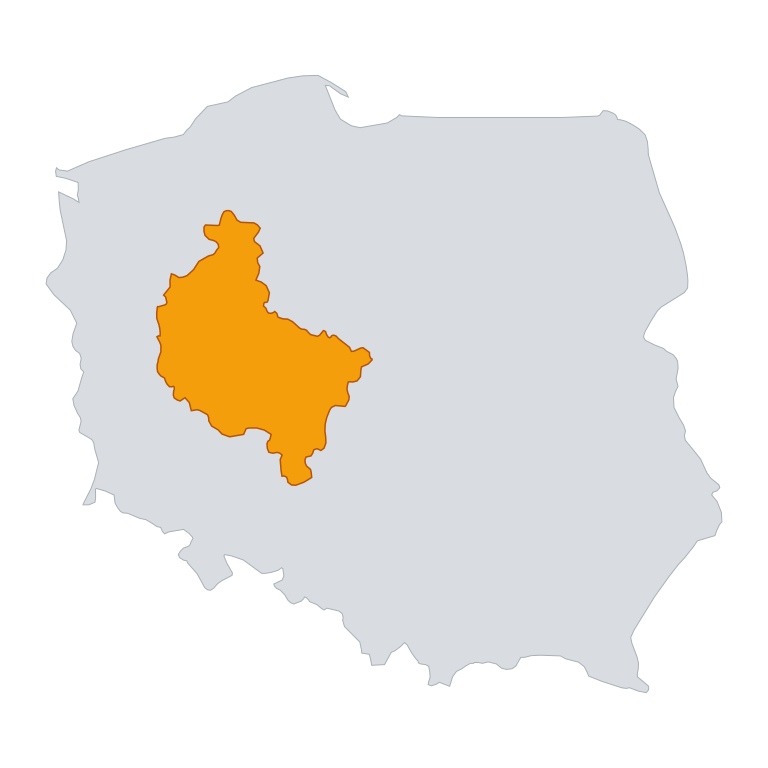 Greater Poland highlighted on a map of Poland
{"feature_id": "POL-3144", "entity_name": "Greater Poland", "entity_type": "Voivodeship", "adm_level": 1, "iso_a3": "POL", "parent_name": "Poland", "parent_adm1": "", "projection": "albers", "projection_center": [17.345, 52.331], "detail": "fine", "context": "in_parent", "style": "filled", "palette": "amber", "viewbox_px": 768, "rotation_deg": 0, "n_neighbors": 0, "source": "natural_earth", "source_scale": "10m", "svg_char_len": 6318}
<svg xmlns="http://www.w3.org/2000/svg" viewBox="0 0 768 768"><path d="M679.3,418.0L683.6,425.2L685.5,430.9L684.4,435.6L685.3,440.2L700.5,458.9L706.9,472.8L710.7,478.2L718.9,484.8L719.8,487.7L717.1,490.8L712.8,492.3L711.7,495.0L717.0,501.3L721.4,512.5L721.9,521.8L719.6,524.5L716.8,530.3L715.0,535.6L697.4,540.8L693.5,546.6L684.5,557.9L678.3,564.6L669.2,576.3L654.8,596.4L634.1,629.9L630.7,637.4L631.9,643.3L637.1,657.1L638.5,663.4L638.2,669.3L637.2,674.6L637.6,676.9L648.3,685.9L648.8,687.9L648.2,690.5L646.2,692.6L638.3,691.1L629.4,687.7L626.5,688.4L621.8,687.8L602.0,681.4L588.7,676.1L587.2,672.3L584.3,666.7L578.6,662.2L565.7,658.8L560.4,655.9L539.9,655.2L531.0,655.7L524.8,657.3L520.8,657.4L515.7,666.2L512.0,668.8L506.4,669.4L501.5,668.1L496.3,663.9L488.2,661.9L482.5,663.3L478.2,662.5L474.5,662.4L473.3,663.4L470.3,663.4L466.1,665.7L461.6,668.9L456.5,671.4L452.7,676.5L449.6,686.3L439.4,682.3L436.1,684.3L431.4,685.8L428.1,684.6L428.8,681.2L430.1,677.4L429.8,672.1L428.7,666.3L425.6,664.6L420.9,664.0L418.4,662.9L418.1,661.0L415.7,658.6L411.4,652.5L407.2,644.9L404.5,642.6L400.7,646.4L394.9,650.8L391.3,652.3L384.5,664.6L371.7,665.3L370.7,659.7L369.3,654.3L361.8,653.1L361.5,649.9L359.8,642.0L344.5,626.6L342.6,620.1L343.2,617.6L342.1,613.5L338.8,611.0L327.0,608.2L324.0,610.0L321.3,608.3L316.9,604.6L309.5,601.6L308.7,600.0L306.0,597.4L304.5,597.0L303.6,598.7L301.4,601.0L293.8,604.0L290.8,602.8L288.0,600.3L284.8,594.9L280.2,590.1L276.5,588.4L274.3,585.9L273.8,584.0L282.1,580.0L283.9,576.0L282.8,568.6L281.6,567.7L278.3,570.2L271.4,572.4L264.9,573.4L261.7,573.4L243.4,560.0L231.6,555.9L224.6,554.6L223.9,556.0L227.0,563.5L232.4,572.9L232.1,575.3L221.8,580.7L217.4,583.9L213.6,588.3L210.4,590.3L207.6,589.8L204.7,587.6L197.2,573.8L187.8,563.2L186.7,560.8L183.8,560.2L179.6,557.7L178.3,554.5L180.4,551.2L183.4,548.1L188.5,546.3L190.1,544.6L191.0,541.9L193.0,538.4L192.5,537.2L188.9,533.2L183.6,529.4L168.7,531.9L164.6,533.9L162.3,531.2L160.7,527.4L156.9,526.6L151.8,523.1L145.8,519.6L139.9,518.4L127.7,513.3L122.9,512.9L120.2,511.1L117.4,507.3L115.1,503.2L114.1,495.0L105.1,491.0L96.2,488.4L95.5,489.5L95.6,497.8L95.0,502.2L88.9,504.8L83.0,504.8L83.4,503.5L90.9,488.8L94.4,479.5L98.6,462.6L94.7,448.9L93.7,442.6L91.8,439.5L79.8,432.5L78.9,430.1L81.1,421.3L80.3,417.5L77.6,413.4L74.0,405.4L72.8,398.7L78.0,391.0L81.8,377.4L83.8,372.0L80.8,368.8L80.1,364.4L81.2,358.2L79.7,353.5L75.5,350.4L72.9,346.3L71.8,341.3L73.1,333.6L76.8,323.2L70.3,310.2L53.8,294.6L46.1,283.9L47.0,278.0L50.8,272.8L57.5,268.2L62.8,259.9L66.0,249.9L66.6,240.7L60.3,210.8L59.4,203.3L58.6,191.9L73.0,198.7L79.0,202.5L78.4,198.5L77.3,195.1L78.3,190.1L78.2,182.5L65.0,178.1L56.3,176.4L55.6,171.2L56.5,167.8L58.9,169.9L67.5,171.1L89.0,161.7L125.9,149.7L165.1,138.3L174.2,137.1L183.3,134.6L186.8,130.1L190.2,127.0L195.5,118.9L207.3,106.4L227.9,101.9L235.6,96.0L251.6,87.6L288.0,78.0L303.2,75.8L318.0,75.4L331.4,82.6L345.7,91.6L348.3,97.1L340.6,93.8L329.4,85.7L325.3,85.4L335.2,110.4L340.5,119.2L351.2,125.7L360.1,127.7L387.3,123.0L396.8,117.4L399.5,114.7L402.1,115.9L437.8,117.5L562.0,117.5L597.6,116.1L599.7,115.2L603.1,110.7L607.5,110.9L613.0,113.1L615.6,114.9L616.8,117.0L617.6,119.5L620.5,119.8L625.9,121.3L633.4,125.2L639.3,129.1L645.1,134.8L647.4,141.6L648.2,149.5L648.3,154.6L659.4,192.9L674.8,227.3L680.9,244.1L683.5,253.1L686.2,266.2L687.5,275.5L687.9,280.7L687.6,288.0L684.3,292.6L661.4,306.9L657.2,311.1L650.9,321.2L645.1,331.5L643.9,335.0L643.6,337.2L645.3,340.3L654.4,344.9L663.5,348.4L666.6,351.3L673.3,354.8L676.0,358.2L677.6,361.2L678.1,368.5L676.1,378.9L678.0,386.4L675.4,391.7L673.5,397.6L674.0,407.5L679.3,418.0Z" fill="#d9dde1" stroke="#a8b0b8" stroke-width="1"/><path d="M369.4,352.4L369.6,355.9L370.9,358.6L371.9,358.8L372.1,359.9L368.1,364.0L361.5,366.9L360.9,370.0L360.4,376.8L357.1,380.9L352.7,382.0L350.4,381.8L348.3,382.0L347.4,385.4L347.0,389.1L347.8,392.9L349.2,396.4L348.9,399.8L345.8,405.6L345.1,406.4L335.3,405.5L331.5,407.4L329.8,409.8L326.8,417.3L325.2,424.0L324.9,431.2L325.7,437.1L325.9,442.9L324.1,448.1L320.9,450.5L317.2,448.7L313.8,449.7L312.7,453.2L311.0,455.9L306.1,457.0L305.0,459.5L305.2,463.0L306.5,466.0L310.5,469.4L311.2,472.4L311.7,477.5L303.9,482.2L295.9,485.2L291.5,485.0L287.9,482.2L287.5,479.5L286.6,477.2L284.3,476.0L282.0,476.2L281.1,470.8L280.2,459.6L282.1,455.1L279.7,453.1L277.1,452.4L272.9,453.2L268.9,452.3L267.3,448.3L267.0,443.6L267.9,441.3L269.5,440.2L270.4,437.6L271.1,434.4L264.4,430.1L256.9,428.0L249.0,428.0L246.2,428.6L243.6,434.4L229.6,436.8L221.9,434.0L218.2,429.9L211.7,426.1L208.8,420.9L208.6,417.4L207.5,414.7L199.9,410.5L197.2,409.7L191.3,410.7L189.3,402.6L185.0,397.7L180.1,401.0L177.1,399.9L174.2,397.9L173.3,395.0L173.6,391.3L174.3,389.2L174.2,387.0L173.1,386.3L171.9,386.8L169.5,386.7L167.1,384.2L165.6,381.4L164.5,378.0L160.9,376.0L159.1,374.0L157.6,371.7L157.1,368.2L157.2,364.6L158.1,361.4L158.2,359.7L158.6,358.2L160.9,351.8L160.9,345.1L159.6,341.9L156.9,336.8L158.4,335.9L160.1,335.9L160.2,332.7L159.8,328.7L159.0,324.9L156.8,318.4L156.7,312.3L157.1,310.0L157.2,307.6L157.6,306.6L158.6,306.7L164.9,304.9L166.2,304.1L166.9,302.4L165.6,297.0L163.6,295.1L170.1,287.0L170.0,280.1L171.4,273.8L175.0,275.1L179.0,277.6L183.1,277.1L187.1,275.6L193.5,269.7L198.9,261.4L208.4,256.0L213.2,254.6L215.1,252.8L216.6,250.1L218.7,247.6L218.3,244.5L216.3,241.9L213.9,240.6L209.0,239.3L205.0,235.3L204.0,231.4L204.0,227.1L205.5,225.0L217.4,225.5L219.3,225.1L221.0,218.2L222.3,214.6L224.0,211.7L226.3,210.7L228.8,210.6L231.2,211.4L234.3,215.2L236.9,220.0L240.7,222.3L253.9,222.9L257.3,224.8L260.2,228.2L258.4,232.2L253.7,238.4L254.5,241.6L260.0,245.9L263.1,253.0L257.2,258.1L257.7,262.7L259.8,266.5L258.8,273.3L255.9,280.1L261.2,282.0L266.2,285.7L269.4,292.8L268.0,300.5L267.3,302.0L266.2,302.4L265.0,302.3L263.9,303.2L263.5,306.0L265.9,308.2L266.9,310.8L268.2,312.9L270.9,313.4L273.5,312.5L274.7,311.5L276.7,313.2L277.3,314.6L277.6,316.4L278.1,317.1L278.9,317.5L283.1,318.9L287.7,319.1L292.7,321.8L299.5,328.0L301.8,329.2L304.3,329.3L306.5,330.2L308.5,332.6L310.6,334.6L317.4,336.3L319.6,335.2L323.4,330.6L324.7,331.0L325.6,331.6L326.2,333.6L327.0,335.3L328.3,337.2L329.9,337.7L330.9,337.1L331.5,335.9L332.7,335.3L334.0,335.2L336.3,336.2L338.3,338.5L349.5,347.3L351.4,351.4L353.8,351.2L360.6,348.1L363.0,347.7L369.4,352.4Z" fill="#f59e0b" stroke="#b45309" stroke-width="1.5"/></svg>